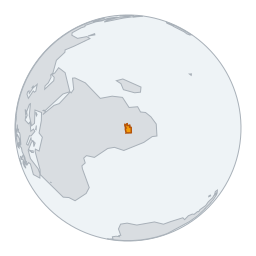 globe centered on North-West, rotated 269°
{"feature_id": "BWA-2629", "entity_name": "North-West", "entity_type": "District", "adm_level": 1, "iso_a3": "BWA", "parent_name": "Botswana", "parent_adm1": "", "projection": "orthographic", "projection_center": [23.629, -19.391], "detail": "fine", "context": "on_globe", "style": "filled", "palette": "amber", "viewbox_px": 256, "rotation_deg": 269, "n_neighbors": 0, "source": "natural_earth", "source_scale": "10m", "svg_char_len": 5397}
<svg xmlns="http://www.w3.org/2000/svg" viewBox="0 0 256 256"><g transform="rotate(269 128 128)"><circle cx="128" cy="128" r="113" fill="#eef3f6" stroke="#a8b0b8"/><path d="M17.6,105.8L17.7,105.4L17.3,107.1L17.4,111.0L19.5,110.5L20.0,114.2L19.5,117.5L20.7,117.0L20.8,118.9L27.2,116.7L32.0,118.9L32.9,125.5L30.8,135.1L33.6,152.8L31.2,161.8L33.7,169.1L37.3,181.3L35.4,183.0L39.2,186.8L40.8,190.8L40.5,192.6L43.2,196.0L43.1,197.2L45.1,198.5L49.1,204.3L52.8,207.0L56.8,211.4L59.2,212.8L59.2,213.3L60.3,214.5L61.7,215.6L59.8,215.4L54.6,211.8L51.8,209.1L51.7,209.4L45.3,202.7L46.7,204.5L38.9,195.9L33.3,187.7L22.2,166.2L20.9,162.9L20.8,162.5L18.5,154.6L16.9,146.6L15.8,138.4L15.4,130.3L15.5,122.1L16.2,113.9L17.6,105.8ZM64.4,216.3L60.7,215.9L62.1,215.9L59.7,213.3L62.9,214.2L64.4,216.3ZM58.7,209.5L57.9,207.5L58.7,207.7L59.5,209.2L58.7,209.5ZM133.1,15.5L140.9,16.2L139.7,16.2L135.4,15.8L139.5,16.6L139.1,16.3L141.3,16.6L142.2,16.4L143.9,16.7L142.0,16.2L144.1,16.5L145.2,16.8L147.5,17.1L155.6,18.8L163.5,21.1L171.2,24.0L178.7,27.4L185.9,31.4L192.8,35.9L199.4,40.9L205.6,46.3L211.3,52.2L216.7,58.5L221.5,65.2L225.9,72.2L229.7,79.5L232.9,87.1L233.0,87.3L235.2,93.5L237.8,102.7L238.0,103.7L238.2,106.7L237.7,104.2L234.5,94.9L235.7,101.8L238.2,110.9L239.1,119.5L238.0,115.0L236.8,107.3L235.6,103.8L234.7,97.5L231.3,86.9L230.1,86.7L229.0,83.0L224.2,73.8L221.7,73.5L218.5,79.1L220.1,88.4L218.1,91.5L210.8,75.6L207.2,66.5L204.8,66.2L197.0,57.6L184.4,53.9L182.4,51.6L180.1,52.0L174.6,49.1L171.4,45.7L168.2,45.4L176.6,54.6L180.0,55.1L182.6,52.6L184.3,55.8L189.5,59.7L184.4,66.1L165.3,70.4L163.1,63.5L147.0,45.6L147.3,44.0L147.2,43.8L147.0,43.4L145.8,46.1L142.9,43.1L151.9,54.4L153.6,59.7L165.1,70.8L164.1,71.8L167.7,74.4L178.8,73.4L179.0,75.8L173.9,86.1L158.1,100.8L160.1,112.7L158.7,123.0L148.5,129.4L149.1,138.0L143.8,140.8L143.2,145.8L138.8,151.1L131.5,156.3L119.5,156.8L119.0,152.1L113.3,143.5L105.6,123.4L108.9,114.1L107.9,107.4L99.2,93.9L101.1,86.0L98.7,83.2L93.8,84.6L91.0,81.3L88.0,81.7L69.1,88.2L63.3,85.0L56.2,73.8L59.5,67.7L60.0,62.0L82.9,39.5L87.9,39.3L106.2,34.7L108.5,35.0L106.5,38.7L120.3,42.2L124.6,39.0L136.9,41.5L145.0,41.8L147.6,35.3L134.3,34.6L131.9,31.6L142.4,29.5L154.0,30.9L153.4,29.8L145.9,26.9L148.4,25.5L143.3,25.9L145.5,27.0L142.3,27.4L140.1,26.5L141.1,25.9L137.6,25.3L133.9,28.6L135.7,30.1L126.5,30.8L128.6,33.5L126.2,34.8L121.7,30.9L122.0,29.4L113.7,26.2L112.5,27.7L120.3,31.0L117.9,30.8L116.4,33.4L115.7,31.3L107.5,27.8L99.1,29.9L88.7,37.5L83.8,39.1L79.5,39.0L83.1,32.6L93.8,29.8L95.2,28.0L92.8,26.4L96.3,25.9L96.6,25.1L100.6,24.3L106.1,21.8L110.1,21.1L112.1,19.2L114.4,18.7L112.6,19.9L113.5,20.6L123.5,19.9L125.4,19.4L125.8,18.3L128.5,18.5L127.7,17.6L133.4,17.4L125.8,17.0L126.1,16.3L129.5,15.9L128.2,15.7L122.8,16.5L121.9,16.9L123.3,17.3L119.5,19.1L116.1,19.7L114.9,18.0L109.9,18.8L111.1,17.6L125.0,15.4L128.2,15.4L133.1,15.5ZM75.3,49.1L74.7,50.7L75.3,49.1ZM166.5,36.5L173.3,38.0L169.7,33.8L172.0,34.2L169.9,32.7L169.4,33.5L164.2,29.9L166.9,29.6L165.8,28.2L163.5,27.6L159.4,28.9L166.7,33.9L165.4,35.0L166.5,36.5ZM17.7,105.2L17.6,105.9L17.4,106.5L17.7,105.2ZM94.6,22.5L96.0,22.5L94.6,23.5L89.5,25.2L91.5,23.7L94.6,22.5ZM98.4,22.4L98.5,20.7L101.7,19.9L99.9,20.6L102.0,20.2L99.6,21.3L102.5,22.4L101.4,23.4L92.6,25.5L96.1,24.2L94.5,24.1L98.4,22.4ZM99.9,18.9L99.3,19.1L94.2,20.6L93.1,20.9L99.9,18.9ZM111.0,33.5L112.8,33.5L115.5,33.2L114.6,34.9L111.0,33.5ZM105.3,31.1L106.9,30.8L106.9,32.7L105.1,32.9L105.3,31.1ZM107.7,29.0L107.0,30.6L106.3,29.8L107.7,29.0ZM114.0,19.6L115.7,19.3L115.9,19.6L115.0,20.1L114.0,19.6ZM145.4,36.2L143.1,37.3L141.8,36.7L142.9,36.4L145.4,36.2ZM128.1,35.6L132.1,36.4L127.8,36.1L128.1,35.6ZM180.9,190.3L181.0,192.4L179.5,192.1L180.9,190.3ZM177.1,123.7L168.7,141.7L163.6,141.1L163.1,135.3L166.4,124.1L172.5,121.7L175.5,117.2L177.1,123.7ZM239.4,144.8L239.1,138.9L238.7,135.3L239.1,134.0L239.8,138.1L239.4,144.8ZM239.0,133.8L238.0,125.3L234.4,106.1L235.7,107.9L239.0,121.4L238.9,122.7L239.5,128.8L239.0,133.8ZM240.4,136.0L240.4,133.4L240.3,131.2L240.3,124.2L240.3,121.7L240.5,123.0L240.5,121.7L240.4,136.0ZM220.6,89.5L222.9,96.3L221.7,96.5L220.6,89.5ZM220.1,192.9L219.9,191.4L221.1,188.5L223.2,185.8L229.1,174.6L229.0,175.4L232.1,168.7L233.2,168.2L229.5,176.8L225.1,185.0L220.1,192.9Z" fill="#d9dde1" stroke="#a8b0b8" stroke-width="1"/><path d="M131.1,124.9L131.0,125.0L131.0,125.3L131.2,125.5L131.3,125.6L131.4,125.8L131.5,125.9L131.5,126.0L131.7,126.3L131.8,126.4L131.9,126.5L132.0,126.5L132.1,126.9L132.3,127.1L132.3,127.3L130.5,127.2L130.5,129.2L130.8,129.3L130.8,129.8L129.6,130.0L129.4,130.0L129.4,129.9L129.2,129.8L129.2,129.7L128.9,129.6L128.7,129.7L128.7,129.8L128.5,131.2L123.2,131.2L123.1,130.7L123.1,130.2L123.1,129.9L123.1,129.7L123.1,129.2L123.1,128.7L123.1,128.3L123.1,128.0L123.1,127.8L123.1,127.6L123.1,127.3L123.1,127.2L123.1,126.9L123.1,126.7L123.1,126.4L123.1,126.2L123.0,125.9L123.4,125.9L123.5,125.9L123.8,125.9L124.0,125.9L124.3,125.8L124.6,125.8L124.7,125.7L124.9,125.7L125.1,125.7L125.4,125.6L125.5,125.6L125.8,125.5L126.0,125.5L126.2,125.4L126.3,125.4L126.5,125.4L126.8,125.3L127.0,125.3L127.3,125.3L127.5,125.4L127.5,125.5L127.8,125.7L127.8,125.8L127.9,126.0L128.0,126.2L128.3,125.9L128.5,125.8L128.5,125.7L128.8,125.5L128.9,125.4L129.0,125.3L129.3,125.3L129.3,125.2L129.5,125.2L129.5,125.3L129.8,125.4L129.9,125.2L130.0,125.1L130.3,124.9L130.5,124.9L130.8,124.9L131.1,124.9Z" fill="#f59e0b" stroke="#b45309" stroke-width="1.5"/></g></svg>